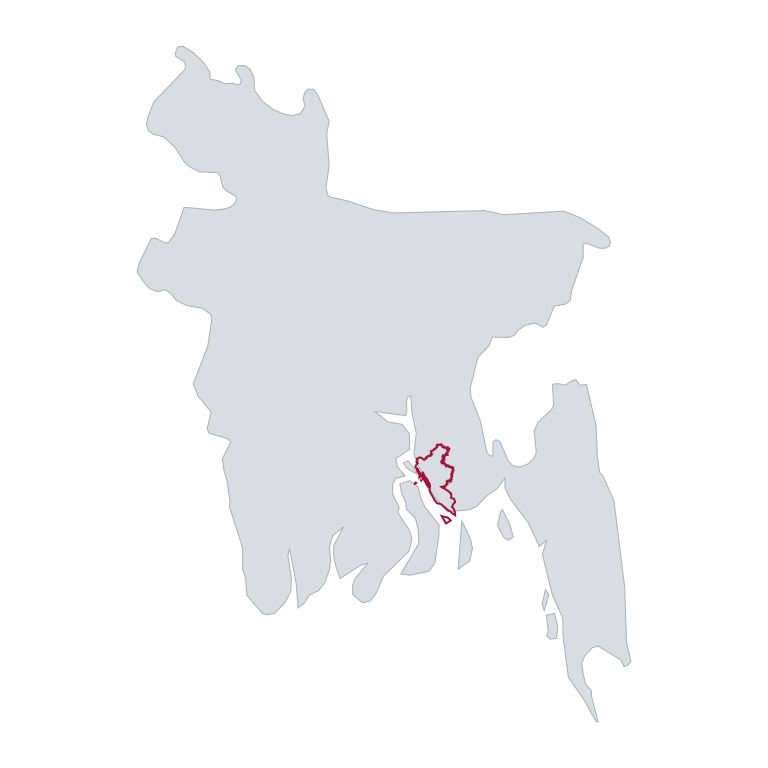 Lakshmipur, Chittagong, Bangladesh shown in context
{"feature_id": "16705992B31973889793084", "entity_name": "Lakshmipur", "entity_type": "district", "adm_level": 2, "iso_a3": "BGD", "parent_name": "Bangladesh", "parent_adm1": "Chittagong", "projection": "albers", "projection_center": [90.887, 22.836], "detail": "fine", "context": "in_parent", "style": "outline", "palette": "rose", "viewbox_px": 768, "rotation_deg": 0, "n_neighbors": 0, "source": "geoboundaries", "source_scale": "gbopen_adm2", "svg_char_len": 9614}
<svg xmlns="http://www.w3.org/2000/svg" viewBox="0 0 768 768"><path d="M242.6,569.4L242.7,548.2L229.3,506.3L230.0,501.8L227.3,481.6L224.0,470.5L222.4,458.6L230.9,441.6L227.6,438.8L209.2,433.3L207.1,428.9L211.2,412.2L198.2,396.1L193.1,384.1L207.8,346.1L211.8,319.5L210.8,314.3L202.3,308.2L187.0,305.6L176.3,300.4L170.1,292.8L164.8,289.7L158.2,291.8L149.8,288.7L142.9,281.1L137.1,271.9L139.6,262.0L151.2,238.7L155.3,238.1L164.8,242.8L168.4,242.8L174.9,233.6L184.1,207.3L214.9,210.1L222.3,209.3L230.0,207.3L234.2,204.0L236.6,199.8L235.9,196.2L226.5,191.0L222.9,187.3L220.4,176.6L217.7,172.6L199.2,171.8L189.7,166.8L184.5,162.3L175.3,147.7L163.9,136.9L152.9,134.1L148.6,130.6L146.4,125.1L147.9,117.1L153.8,102.0L184.7,69.7L185.6,66.0L184.5,61.8L175.7,56.3L175.1,53.7L177.7,46.9L182.8,46.1L193.2,52.5L203.7,62.8L209.9,72.0L210.0,79.1L218.3,80.7L225.2,83.9L232.4,83.1L237.0,84.9L240.1,84.3L241.3,80.2L235.4,69.8L238.4,65.5L245.4,65.8L250.4,69.7L254.0,77.8L254.5,90.1L262.6,101.5L273.3,109.5L281.7,113.3L291.9,116.0L300.6,113.6L305.0,105.8L303.1,98.8L304.6,92.5L308.1,89.1L313.5,89.4L317.6,94.4L329.2,121.3L326.7,133.1L329.1,165.7L326.0,187.2L327.8,195.4L329.8,196.9L347.8,201.0L373.8,209.7L393.8,213.0L484.0,210.6L503.8,214.7L564.0,211.2L580.5,217.9L598.4,228.9L608.6,237.0L610.4,241.8L609.4,245.9L606.0,248.1L599.8,248.3L585.6,243.0L583.2,244.6L583.2,257.5L571.8,289.9L570.3,299.9L566.3,303.9L554.3,306.1L546.5,324.9L543.3,327.3L535.4,323.2L530.5,323.9L524.4,325.7L518.2,330.1L514.0,335.5L509.2,337.4L492.3,337.1L489.0,345.8L477.9,357.3L470.3,387.7L470.9,397.0L480.4,421.1L487.1,452.6L489.6,455.7L492.8,456.0L493.0,441.6L496.1,439.7L500.0,441.4L508.1,460.7L512.7,465.6L519.8,467.0L527.9,464.0L533.9,458.3L536.3,452.1L534.1,431.0L537.9,422.4L551.6,409.4L553.6,405.5L552.5,384.3L557.8,383.6L564.8,385.2L573.6,380.1L576.3,380.0L580.1,385.3L586.4,384.4L596.2,426.2L597.3,455.9L599.6,472.3L603.0,476.0L613.9,500.6L624.7,587.4L626.5,642.6L630.9,661.4L627.5,665.6L624.1,666.5L620.8,659.9L598.0,646.1L592.5,647.6L584.8,655.8L581.7,663.4L583.2,674.0L585.7,684.4L591.2,690.3L591.7,697.0L598.0,721.7L596.2,721.9L583.7,699.4L568.4,677.3L563.2,637.5L562.7,617.9L552.3,594.8L542.4,554.5L546.5,540.3L539.4,546.5L528.0,522.4L510.3,498.8L505.1,488.3L504.9,478.1L497.3,488.4L487.0,495.7L476.6,506.5L469.6,509.8L447.4,511.8L434.6,497.3L416.3,461.8L413.9,453.8L416.3,432.9L412.0,413.2L410.8,395.8L407.5,397.3L406.3,402.1L406.9,409.4L405.6,415.6L374.9,411.5L388.0,421.9L402.1,424.4L409.3,433.7L409.8,449.1L395.9,458.5L397.1,466.3L405.1,475.9L395.3,478.5L392.7,484.8L392.4,493.7L399.2,507.4L398.0,512.8L409.6,530.6L411.9,539.2L408.9,551.3L383.6,575.8L376.2,593.1L370.0,601.2L362.2,602.7L352.7,594.4L352.6,586.0L354.6,579.3L367.9,563.1L360.7,565.2L340.1,578.5L336.3,567.6L333.8,557.5L333.8,545.2L343.8,526.8L332.6,535.9L329.4,547.4L330.7,560.9L329.2,570.5L324.7,583.0L318.7,590.5L309.0,595.3L304.7,602.6L298.2,608.0L296.1,582.8L289.5,548.6L287.9,555.9L291.3,577.1L290.9,590.8L285.6,601.7L274.8,613.2L266.6,614.8L261.9,612.9L246.8,595.2L245.7,578.6L242.6,569.4ZM429.3,571.1L410.4,575.2L400.9,573.9L418.8,543.3L418.2,529.6L415.5,518.4L406.4,509.4L405.9,503.0L401.9,494.2L399.8,484.0L409.8,480.7L418.0,486.6L420.9,498.2L424.9,507.0L439.1,524.9L438.8,535.9L434.9,562.9L429.3,571.1ZM469.6,561.1L458.2,569.2L461.8,520.9L470.4,538.8L472.5,548.5L469.6,561.1ZM513.4,536.8L508.4,540.2L503.7,537.2L497.6,525.9L500.6,511.5L502.4,509.5L509.7,524.1L513.4,536.8ZM556.5,638.5L549.9,639.1L546.7,635.7L548.2,630.8L546.3,615.2L554.6,613.5L557.8,626.6L556.5,638.5ZM548.9,594.7L544.2,610.3L542.2,603.4L545.5,589.7L548.9,594.7ZM414.7,469.1L416.6,474.1L406.2,467.6L403.4,463.0L408.1,460.6L414.7,469.1Z" fill="#d9dde1" stroke="#a8b0b8" stroke-width="1"/><path d="M415.3,466.6L415.6,467.5L416.2,468.0L416.8,468.1L417.7,468.9L418.2,470.1L419.9,473.0L420.4,473.7L422.0,476.8L421.9,476.2L422.5,477.0L422.6,477.5L423.3,478.8L423.8,479.0L424.0,478.7L423.3,477.5L423.6,477.8L423.8,478.4L424.1,478.6L424.3,478.5L424.7,477.8L424.5,478.3L424.7,478.2L424.9,477.6L423.8,476.3L423.0,474.6L423.0,473.8L422.5,472.6L422.6,471.8L422.8,472.5L423.7,474.0L424.6,476.2L425.4,477.3L426.0,477.8L427.5,479.8L428.3,482.4L428.4,482.5L428.7,482.4L429.7,484.0L429.9,484.9L429.9,486.6L429.5,488.9L429.4,490.0L430.1,491.8L431.3,494.3L433.3,497.6L434.3,499.7L436.5,502.5L436.7,503.0L437.2,503.3L438.9,503.7L439.9,503.8L441.5,504.5L442.2,505.1L442.8,505.9L444.7,507.2L447.4,509.8L450.3,511.4L451.2,512.2L451.8,513.0L455.1,515.2L454.8,511.6L454.5,510.7L453.6,508.7L452.8,507.6L452.0,506.9L453.4,503.8L455.1,502.3L455.1,501.5L454.4,500.0L454.3,499.2L453.5,498.7L451.2,498.0L451.2,493.5L450.7,493.3L447.9,490.8L447.0,490.3L444.1,488.4L442.7,487.9L441.4,486.9L443.4,486.6L443.7,486.3L444.8,486.6L445.4,486.5L445.6,485.5L445.9,484.8L446.4,484.9L446.6,484.7L446.8,484.3L446.6,484.1L446.8,483.7L447.0,484.0L447.4,483.8L447.1,483.5L447.3,482.9L447.3,482.4L446.7,481.6L447.1,480.9L447.3,480.8L447.5,481.2L447.8,481.0L448.5,481.2L448.3,481.0L448.2,480.8L448.5,480.5L448.8,480.5L448.6,480.6L448.6,480.8L449.5,480.4L449.9,480.6L449.9,480.4L450.3,480.3L450.3,480.1L450.4,479.9L450.6,480.0L450.5,479.8L450.8,479.6L450.7,479.5L451.5,479.4L451.8,479.0L451.7,478.5L451.7,478.3L451.4,477.9L451.2,477.4L451.9,476.5L452.2,476.5L452.3,476.3L452.3,476.0L451.7,475.9L451.4,475.3L451.6,475.0L451.9,474.9L451.8,474.7L451.4,474.8L451.2,474.6L451.5,474.0L452.0,473.6L452.0,472.9L452.3,472.9L452.1,472.6L452.4,472.3L452.0,472.0L452.0,471.8L452.8,471.3L453.0,470.8L453.2,470.7L453.0,470.4L453.1,470.2L453.4,469.9L453.4,469.6L453.2,469.6L452.7,469.3L452.8,469.1L453.1,469.0L452.8,468.2L453.1,467.4L452.4,467.2L452.0,467.3L451.8,468.1L451.3,467.5L451.0,467.4L450.8,467.2L450.7,466.7L450.4,466.6L450.2,466.7L450.1,467.1L449.6,467.2L449.3,466.8L449.0,466.8L448.9,466.3L448.1,466.2L448.1,465.8L448.4,465.7L448.1,465.5L447.8,465.2L447.6,465.2L447.5,465.3L447.2,465.0L447.3,465.2L447.2,465.4L447.3,465.6L447.0,465.6L447.2,465.9L447.0,466.0L447.0,465.8L446.5,466.0L446.3,466.4L446.1,466.4L446.0,465.4L445.7,465.0L445.3,464.9L445.5,464.5L445.4,464.1L444.5,464.0L444.5,463.6L444.9,463.6L444.7,463.2L444.6,463.3L444.2,463.4L444.0,463.1L443.0,463.1L442.3,463.4L442.2,463.2L441.8,463.1L441.8,462.3L441.1,461.8L441.6,461.4L441.8,460.7L442.1,460.6L442.2,460.2L443.2,460.8L443.2,460.5L443.3,460.1L443.1,460.1L443.2,459.9L443.9,459.9L444.3,460.1L444.5,459.9L444.4,459.4L444.0,459.5L443.5,458.6L443.6,458.0L442.6,457.6L442.4,456.5L443.1,456.4L443.4,456.5L443.5,456.8L443.8,457.1L444.5,457.2L444.5,456.6L444.2,456.3L444.2,456.0L443.9,455.9L443.7,455.5L444.3,455.7L444.4,455.4L444.8,455.3L445.0,455.7L445.6,455.4L445.8,455.2L445.8,454.2L446.7,455.0L446.9,455.0L447.1,454.8L447.4,454.8L447.2,454.5L447.6,454.3L447.3,454.3L447.3,453.5L446.9,453.4L446.9,453.0L447.2,452.7L447.3,452.4L447.7,452.3L447.7,451.7L448.2,451.6L448.3,450.5L448.1,450.3L448.2,450.1L448.4,450.0L448.5,449.6L449.1,449.5L449.0,449.2L449.2,448.7L448.8,448.6L448.5,447.9L448.3,447.7L447.4,447.8L447.2,448.1L447.2,447.9L447.0,448.1L446.8,448.1L446.7,447.8L446.3,448.1L446.2,447.7L445.9,447.6L445.5,447.8L445.1,447.7L445.0,447.4L443.8,447.6L443.8,447.2L444.1,447.2L444.0,446.6L443.7,446.6L443.7,447.0L442.7,447.0L442.8,446.7L442.7,445.9L442.3,445.6L441.6,444.7L441.5,444.9L440.9,444.8L440.5,445.0L440.2,444.5L439.3,444.7L439.1,444.6L438.3,444.8L437.9,445.2L437.7,445.0L437.6,445.3L437.4,445.2L437.0,445.4L436.8,445.3L436.8,445.9L436.7,446.2L436.9,446.6L437.2,446.8L437.0,447.2L436.5,447.5L436.2,447.6L435.9,448.0L435.6,448.1L435.7,448.7L434.8,449.0L434.6,449.2L434.0,449.2L433.7,449.6L433.8,449.9L433.7,450.3L433.4,450.5L432.4,450.6L431.3,451.0L431.6,451.4L431.1,452.1L431.2,452.7L430.9,453.8L431.1,453.9L431.1,454.1L431.0,454.4L430.7,454.9L430.8,454.9L430.8,455.1L431.0,455.2L430.7,455.4L430.7,455.6L431.1,455.4L430.9,455.7L430.5,455.7L430.3,455.8L429.9,455.9L429.3,455.7L429.0,455.9L428.5,455.8L428.1,456.2L427.5,456.4L427.3,456.8L426.6,456.9L426.4,457.4L426.9,457.6L426.9,457.8L426.5,457.8L426.1,458.3L425.7,458.3L425.8,458.6L425.4,458.8L424.3,459.9L424.0,459.8L421.7,458.0L420.3,457.5L419.7,457.4L418.0,458.5L417.5,458.4L417.4,458.7L417.0,458.8L417.4,461.1L417.1,461.6L416.5,461.9L416.5,462.1L416.7,462.4L417.5,462.6L417.7,463.0L416.8,463.2L416.8,463.5L417.0,463.9L415.3,466.6ZM446.0,523.5L450.7,520.5L449.8,519.4L448.4,518.4L448.3,517.9L448.0,517.7L447.4,517.4L444.9,517.0L441.8,516.1L446.0,523.5ZM427.2,481.1L426.8,479.6L426.0,480.0L425.7,480.0L425.4,480.7L425.0,481.1L426.1,483.5L426.4,484.1L427.0,484.1L427.5,483.8L429.2,484.8L428.9,484.0L428.1,483.1L427.6,482.1L427.2,481.1ZM428.5,487.1L428.7,486.0L429.0,485.4L428.9,484.7L427.6,483.9L426.6,484.4L427.4,485.8L428.3,487.0L428.5,487.1ZM425.9,479.9L426.6,479.4L425.9,478.5L425.7,478.2L425.3,478.0L424.5,479.6L424.6,480.3L424.9,480.8L425.3,480.5L425.6,479.9L425.9,479.9ZM419.3,476.1L419.3,477.0L419.6,476.6L420.2,476.5L420.4,476.7L420.7,476.5L420.0,476.2L419.9,476.0L419.3,476.1ZM414.9,483.8L415.5,483.5L415.8,482.9L416.0,483.1L416.3,482.9L415.8,482.5L415.6,482.5L415.2,483.1L415.2,483.6L414.9,483.6L414.9,483.8ZM419.6,474.3L419.2,473.4L418.5,472.8L418.7,473.6L419.1,473.7L419.4,474.4L419.6,474.3ZM423.6,475.2L423.6,474.4L423.2,473.9L423.2,474.8L423.4,475.2L423.6,475.2ZM424.7,477.0L423.8,475.5L423.5,475.4L424.0,476.5L424.7,477.0ZM418.5,472.8L418.1,472.1L417.4,471.4L417.5,471.8L418.5,472.8ZM423.7,479.7L423.3,479.2L423.0,479.0L423.3,479.6L423.7,479.7ZM422.6,478.1L422.3,477.2L422.2,477.1L422.4,478.0L422.6,478.1ZM417.8,469.7L417.5,469.0L417.3,468.9L417.5,469.4L417.8,469.7ZM421.1,480.5L421.1,480.3L420.9,480.2L420.9,480.4L421.1,480.5ZM419.8,474.6L419.7,474.3L419.8,474.6Z" fill="none" stroke="#9f1239" stroke-width="2"/></svg>